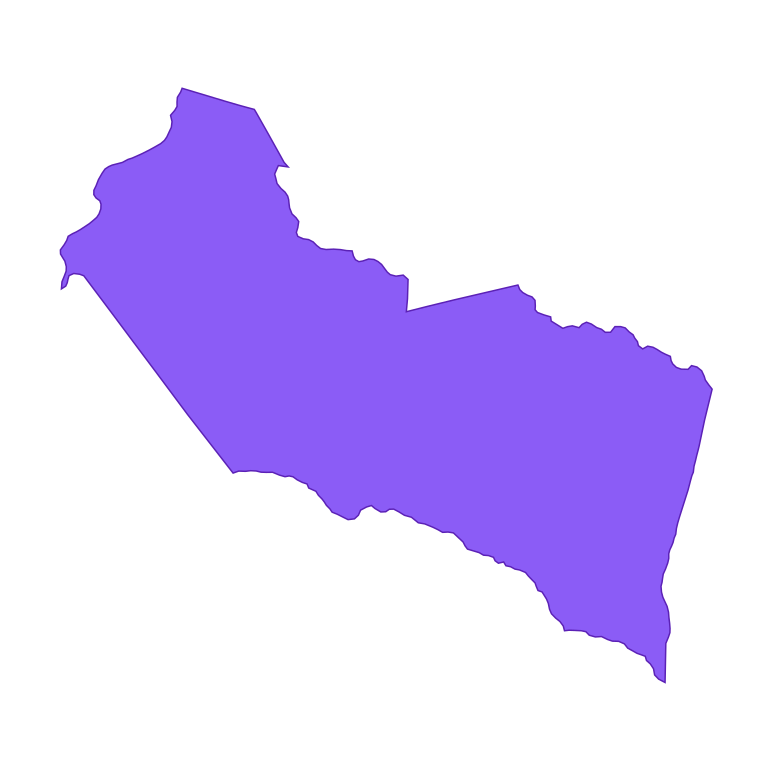 Amontada, Ceará, Brazil, rotated 272°
{"feature_id": "56859067B90853545828337", "entity_name": "Amontada", "entity_type": "district", "adm_level": 2, "iso_a3": "BRA", "parent_name": "Brazil", "parent_adm1": "Ceará", "projection": "natural_earth1", "projection_center": [-39.792, -3.231], "detail": "fine", "context": "isolated", "style": "filled", "palette": "violet", "viewbox_px": 768, "rotation_deg": 272, "n_neighbors": 0, "source": "geoboundaries", "source_scale": "gbopen_adm2", "svg_char_len": 3817}
<svg xmlns="http://www.w3.org/2000/svg" viewBox="0 0 768 768"><g transform="rotate(272 384 384)"><path d="M208.9,504.6L210.3,509.8L206.6,512.2L205.8,516.9L203.6,521.3L202.9,525.9L200.6,532.0L197.0,535.1L193.6,538.6L190.5,541.9L186.9,543.3L183.0,545.1L181.7,549.2L178.2,551.6L174.8,553.9L170.4,555.9L164.6,557.3L160.2,559.4L155.9,563.9L152.8,568.1L148.4,571.6L143.7,573.0L144.4,577.6L144.4,583.0L144.3,589.8L143.5,594.4L140.1,597.9L138.6,604.0L139.2,610.2L136.5,616.3L135.0,621.2L135.0,627.5L132.7,633.3L128.5,636.8L125.7,642.4L123.7,646.2L122.5,650.1L121.0,654.6L116.8,656.0L113.6,659.9L108.8,663.3L102.7,664.6L98.6,668.8L95.5,675.3L134.6,674.7L141.0,677.1L145.4,678.4L149.6,678.4L154.9,677.8L160.6,676.9L165.9,676.3L171.6,674.7L176.7,672.1L180.7,670.1L185.7,668.6L191.5,667.9L195.6,668.8L199.7,669.2L203.8,669.7L208.9,671.8L215.0,673.8L219.6,674.7L224.3,674.5L228.2,675.4L231.9,677.0L235.7,678.4L240.1,679.3L244.0,680.8L249.9,681.3L255.4,682.4L261.6,684.0L288.8,691.6L297.8,693.6L303.2,694.9L306.6,696.2L312.6,696.7L317.9,697.9L323.9,699.1L329.6,700.4L333.0,701.1L359.4,705.7L390.3,712.1L394.7,708.4L399.2,705.0L403.0,703.7L408.3,701.0L411.9,696.2L413.1,690.7L409.3,687.4L409.2,680.5L410.8,675.6L414.2,671.8L417.4,670.1L421.6,669.2L423.6,664.1L425.4,660.2L428.0,655.8L430.1,651.6L431.0,646.2L428.1,641.3L431.2,636.9L435.2,635.8L438.6,633.0L441.9,631.2L444.5,627.3L448.5,623.1L449.6,618.5L449.4,612.8L443.6,608.6L443.4,603.3L446.3,599.4L447.8,594.6L451.2,589.1L452.8,584.2L450.6,580.0L447.1,577.0L448.7,570.2L447.7,565.4L445.9,560.8L449.1,555.2L452.7,548.9L456.9,548.2L458.6,541.6L460.8,534.9L463.5,532.4L467.3,532.5L472.9,532.0L476.2,528.9L477.7,524.3L480.2,519.5L483.1,516.4L487.6,514.4L470.6,451.5L466.7,437.6L463.1,424.8L457.0,403.8L469.9,404.5L489.3,404.4L493.5,399.4L492.2,392.2L493.5,386.4L495.9,383.4L499.5,380.5L503.3,377.5L506.2,373.7L508.1,369.6L508.4,364.3L506.2,358.5L505.4,354.6L507.2,351.1L510.8,349.0L515.9,347.5L516.0,341.9L516.8,335.7L517.0,328.9L516.4,321.4L517.2,315.9L520.0,312.0L523.5,308.3L525.7,303.6L526.3,298.1L528.5,292.7L532.4,291.1L537.3,292.4L543.4,293.1L547.1,290.3L550.8,286.1L556.7,283.5L561.0,282.8L564.8,282.3L568.4,281.2L572.3,278.4L575.8,274.2L580.6,270.1L585.4,268.8L590.0,267.4L595.2,269.4L598.6,270.8L597.6,280.6L602.0,276.4L607.2,273.3L629.9,259.6L650.5,247.0L653.9,244.8L655.5,237.8L657.7,228.6L661.0,215.6L672.5,171.9L668.7,170.6L663.3,167.5L658.7,167.3L654.1,167.5L650.1,165.3L645.1,161.3L638.8,163.0L633.1,162.5L628.9,160.7L623.4,158.4L619.8,156.1L616.4,152.4L612.2,145.6L609.6,141.2L605.4,133.5L601.0,124.5L599.5,120.3L596.3,114.8L594.8,109.8L593.3,104.7L591.6,101.2L589.1,97.7L584.9,95.0L578.3,91.5L572.2,89.4L567.5,87.3L563.1,87.4L559.9,89.7L557.2,93.6L553.8,94.9L549.1,94.9L544.1,93.3L540.5,91.1L536.4,86.7L533.8,83.7L527.8,75.3L525.2,71.1L523.3,67.4L520.6,63.2L516.4,61.9L512.0,59.5L506.7,55.9L502.6,56.2L499.2,58.4L495.6,60.8L490.2,62.4L485.7,62.4L480.6,60.7L474.9,58.6L467.8,58.3L470.7,62.5L474.1,63.9L477.7,64.5L481.3,65.4L483.6,70.1L483.1,76.0L481.7,80.2L443.4,111.1L417.1,132.2L389.3,154.6L346.6,188.8L289.7,236.3L291.9,241.8L291.9,248.5L292.7,253.8L292.6,259.3L291.6,264.2L291.6,269.7L291.9,275.7L289.3,282.7L287.9,288.3L288.8,292.4L288.1,296.3L285.2,300.6L282.8,305.8L281.4,310.6L277.4,312.4L274.4,319.7L270.4,322.4L267.0,326.0L264.1,328.4L260.7,330.7L257.3,334.3L254.1,336.6L252.2,341.9L249.6,347.5L247.2,352.8L248.2,359.2L252.0,363.0L257.1,365.0L260.5,370.9L262.1,375.7L259.2,379.4L256.0,385.3L256.4,390.2L259.0,393.7L259.3,398.1L256.5,403.8L253.5,409.0L251.8,416.1L246.5,423.1L245.6,429.6L244.2,433.4L242.5,438.0L240.2,443.2L237.8,447.7L238.3,453.2L237.6,458.6L232.4,464.5L228.8,468.6L225.0,470.7L221.9,473.2L220.3,479.3L218.8,485.0L216.4,489.4L216.2,494.4L214.6,499.5L211.2,501.2L208.9,504.6Z" fill="#8b5cf6" stroke="#5b21b6" stroke-width="1.5"/></g></svg>